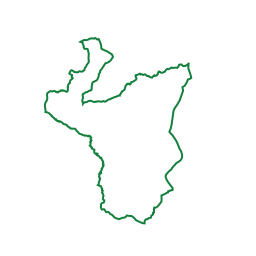 the district of Giron, Azuay, Ecuador, rotated 75°
{"feature_id": "8360857B7998826994941", "entity_name": "Giron", "entity_type": "district", "adm_level": 2, "iso_a3": "ECU", "parent_name": "Ecuador", "parent_adm1": "Azuay", "projection": "albers", "projection_center": [-79.183, -3.175], "detail": "fine", "context": "isolated", "style": "outline", "palette": "green", "viewbox_px": 256, "rotation_deg": 75, "n_neighbors": 0, "source": "geoboundaries", "source_scale": "gbopen_adm2", "svg_char_len": 5822}
<svg xmlns="http://www.w3.org/2000/svg" viewBox="0 0 256 256"><g transform="rotate(75 128 128)"><path d="M80.8,52.4L82.1,53.6L82.2,54.4L82.8,55.0L82.6,55.9L82.9,56.8L82.6,58.2L81.9,59.2L80.5,59.9L80.1,61.8L80.3,62.4L81.7,63.4L82.7,64.9L82.1,65.9L81.5,69.6L80.9,70.2L81.7,73.5L81.6,74.0L81.3,74.4L81.2,75.3L81.8,76.3L82.6,77.4L83.1,77.7L83.5,80.4L83.2,81.7L81.6,83.1L81.5,83.8L82.8,84.7L82.9,85.1L83.6,85.3L84.6,86.5L84.6,88.0L84.0,88.7L84.6,89.0L84.4,89.7L84.7,90.7L85.5,91.5L85.3,92.3L84.5,93.6L83.7,94.2L83.5,94.7L83.1,94.9L82.7,96.1L80.8,97.4L80.5,97.8L80.7,99.5L80.1,100.1L80.0,100.5L79.6,100.8L79.6,102.0L78.6,102.4L79.1,105.1L79.0,106.7L79.6,107.3L82.6,107.0L83.5,107.9L84.6,111.4L84.6,112.9L85.3,113.9L86.0,113.9L86.4,114.4L86.3,115.2L85.1,116.4L85.2,117.5L85.7,117.8L86.4,119.3L87.6,119.8L88.1,120.3L90.1,121.4L90.3,122.1L90.9,123.0L90.9,124.1L91.5,124.4L92.0,125.4L92.7,125.7L93.5,127.0L94.6,127.5L94.2,128.7L94.5,129.5L94.5,130.8L94.8,131.3L94.6,132.5L95.2,136.0L95.1,136.5L95.6,137.6L95.4,138.9L95.6,140.1L96.4,141.8L96.6,143.3L96.3,144.1L95.7,144.5L95.7,147.1L95.2,148.0L94.6,149.9L94.3,150.2L94.5,152.1L94.1,152.8L94.3,153.6L93.4,155.2L92.8,155.8L91.9,157.4L91.8,159.2L92.3,161.1L91.9,163.5L93.0,165.1L92.2,164.9L90.7,165.3L89.0,164.8L87.4,163.7L83.7,163.1L83.4,162.2L83.4,161.5L82.6,160.0L82.7,157.9L82.0,156.4L82.1,155.3L81.9,155.0L82.1,154.3L81.8,153.5L81.2,153.4L80.7,152.9L79.3,152.6L78.6,152.2L77.2,151.8L76.6,151.2L75.7,151.1L75.0,150.6L74.5,149.4L74.4,148.0L74.1,147.6L74.1,146.8L73.5,145.4L71.9,143.9L69.5,142.5L68.3,142.2L67.1,140.5L65.5,140.1L65.2,139.4L63.8,137.7L59.9,133.4L59.6,132.4L59.5,130.3L58.8,128.3L58.0,127.0L55.6,124.2L55.0,124.1L52.7,124.5L48.5,128.4L46.1,131.5L44.4,133.2L42.2,132.7L39.0,132.6L34.5,133.3L34.6,134.8L33.3,135.7L32.5,136.5L32.9,137.6L32.4,139.0L31.8,140.0L32.0,141.0L31.8,142.0L32.3,143.5L32.4,145.7L31.8,147.0L31.6,148.3L32.2,149.1L32.2,150.7L32.5,151.7L33.9,149.8L34.5,149.9L37.5,149.5L38.7,150.0L40.2,149.5L41.0,147.2L41.4,146.6L41.8,146.5L46.1,146.7L48.5,147.4L49.7,147.9L54.2,148.8L56.5,151.6L57.9,152.7L58.8,154.0L59.7,154.7L60.8,155.1L61.7,158.0L60.7,160.0L60.8,161.2L61.2,161.7L61.0,163.2L60.3,164.5L60.0,165.4L58.9,166.0L57.7,167.3L57.6,168.0L57.8,168.6L60.2,170.6L61.2,169.8L62.3,168.4L62.9,168.4L63.4,168.9L64.6,169.2L65.1,168.6L65.6,168.5L66.4,169.7L66.9,171.2L67.9,172.0L69.6,172.5L69.9,173.6L70.7,174.6L72.1,175.1L72.8,175.7L73.6,175.5L74.3,176.0L76.0,176.3L76.7,176.8L77.2,177.8L75.2,180.3L75.1,181.8L74.6,181.7L74.3,182.9L74.3,183.3L75.0,184.4L74.8,185.6L75.5,186.6L75.3,187.1L74.8,187.2L74.4,188.4L73.8,188.6L73.1,189.8L73.1,191.6L72.3,193.4L72.9,195.6L73.7,197.1L74.9,197.6L79.0,198.4L81.1,199.9L81.5,200.7L83.7,202.1L85.5,202.7L89.2,203.0L91.3,203.6L92.0,201.9L93.8,200.0L94.7,199.7L95.9,198.7L96.7,198.8L97.2,198.1L98.2,197.8L99.3,196.7L99.9,196.7L100.6,196.1L101.0,195.3L101.6,195.6L102.4,194.5L102.9,194.5L102.9,194.1L103.2,194.0L103.2,193.8L103.4,193.6L103.4,192.9L104.0,192.9L104.3,192.7L104.2,191.8L104.3,191.5L106.1,189.9L107.2,189.5L108.2,188.2L108.4,187.4L109.3,186.3L109.8,186.3L111.2,185.6L111.8,184.7L112.4,184.5L113.1,183.8L113.6,183.7L115.1,179.2L117.7,178.2L119.3,177.2L120.9,176.5L122.6,173.9L123.3,173.4L123.6,172.3L124.3,171.7L124.5,170.0L125.7,168.8L125.8,168.3L125.4,167.7L126.0,167.4L126.2,166.6L127.2,166.2L127.8,166.1L127.8,166.6L128.8,167.0L129.4,167.0L129.7,166.7L130.6,166.5L131.0,166.9L131.3,168.0L131.9,168.1L132.6,167.8L133.4,168.4L135.1,168.8L135.4,169.4L136.6,168.4L137.5,168.0L137.7,168.3L138.1,168.0L138.6,168.1L140.3,166.1L142.4,166.9L143.7,166.7L144.4,166.2L144.4,165.0L144.9,164.2L145.4,164.6L145.8,164.7L146.1,165.0L146.5,164.4L146.7,164.5L147.5,163.6L148.8,162.8L149.4,162.7L149.9,162.3L149.9,161.9L150.3,162.1L151.0,161.4L152.3,161.4L152.7,161.0L153.4,161.1L153.9,160.7L155.1,161.3L155.3,161.3L155.7,161.0L156.3,161.5L156.9,161.2L157.4,161.8L158.1,161.4L159.0,162.4L159.7,162.8L160.3,163.9L160.9,163.8L161.4,164.3L161.8,164.4L162.1,164.8L162.9,165.6L163.8,165.6L163.7,166.5L163.9,166.6L164.5,166.3L164.4,166.9L164.8,167.6L165.1,167.2L165.5,167.3L165.8,167.7L166.9,168.1L167.3,168.5L167.7,168.3L168.6,168.4L169.3,168.0L169.7,168.0L170.1,168.6L171.4,169.0L172.6,170.1L173.3,170.2L174.0,170.7L175.0,171.1L175.3,171.8L176.1,171.0L176.0,170.6L176.8,170.1L177.0,169.4L178.1,169.1L179.1,169.1L179.7,168.7L180.3,168.7L180.8,169.2L181.5,169.3L181.7,169.2L181.7,168.7L182.0,168.6L183.5,169.8L184.0,169.5L184.7,169.6L184.9,169.3L186.9,169.1L188.3,170.0L190.1,170.7L190.9,170.4L191.6,169.7L192.3,169.7L193.6,170.6L193.9,172.9L194.2,173.4L195.2,174.0L196.2,174.2L197.1,174.7L197.7,174.8L200.0,174.3L200.2,172.5L200.4,172.0L201.0,171.7L203.4,171.0L203.9,170.3L203.9,169.1L204.2,168.6L205.4,167.8L206.4,167.5L207.9,165.7L210.8,164.3L212.4,162.5L213.7,160.2L213.3,155.8L213.7,154.1L212.2,151.5L213.2,149.8L213.8,147.7L214.3,147.0L216.2,145.5L219.2,144.1L222.9,139.6L223.8,138.3L224.4,136.7L222.0,135.9L221.0,134.6L220.8,133.8L221.2,132.7L220.4,131.3L220.5,129.1L218.6,128.0L218.0,126.2L216.4,125.8L216.1,125.2L216.2,124.7L215.0,124.5L214.1,124.1L213.3,124.1L211.6,123.2L212.1,122.2L212.0,121.3L211.6,120.1L210.3,118.0L208.0,115.0L206.0,114.1L201.8,113.1L201.3,109.7L200.7,107.6L200.6,106.1L200.2,106.1L199.4,105.4L199.6,104.0L199.3,103.6L199.4,102.8L199.2,102.1L199.5,101.4L199.3,100.9L198.5,100.6L197.3,100.6L191.1,103.1L187.8,104.1L185.0,104.3L183.1,103.6L180.5,99.8L179.4,97.1L178.0,95.7L176.6,93.8L175.8,92.2L174.3,90.3L173.8,87.9L172.7,85.5L171.3,84.0L170.4,83.4L168.1,82.7L164.5,82.7L161.2,83.6L155.1,84.3L152.4,84.9L146.5,86.9L142.7,89.0L142.2,88.9L139.6,86.9L136.4,85.2L123.3,79.6L121.0,77.8L118.4,74.7L114.7,70.9L106.9,65.6L105.6,65.0L103.8,65.0L102.5,64.7L102.1,62.9L101.7,62.1L99.2,59.5L96.7,57.6L96.5,55.5L96.1,54.0L92.3,53.8L86.0,54.3L83.4,53.5L80.8,52.4Z" fill="none" stroke="#15803d" stroke-width="2"/></g></svg>